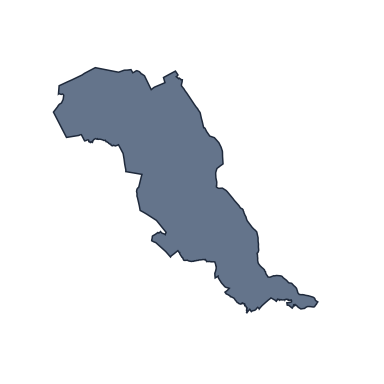 outline of Pischia, Timis, Romania, rotated 51°
{"feature_id": "2599482B13356223768188", "entity_name": "Pischia", "entity_type": "district", "adm_level": 2, "iso_a3": "ROU", "parent_name": "Romania", "parent_adm1": "Timis", "projection": "equal_earth", "projection_center": [21.424, 45.908], "detail": "fine", "context": "isolated", "style": "filled", "palette": "slate", "viewbox_px": 384, "rotation_deg": 51, "n_neighbors": 0, "source": "geoboundaries", "source_scale": "gbopen_adm2", "svg_char_len": 5992}
<svg xmlns="http://www.w3.org/2000/svg" viewBox="0 0 384 384"><g transform="rotate(51 192 192)"><path d="M309.7,224.8L310.0,224.2L309.8,223.7L310.2,223.4L309.9,222.9L310.0,222.5L310.4,222.3L310.8,222.4L311.7,222.1L311.8,222.0L311.8,221.6L312.0,221.5L312.3,221.9L313.2,221.9L313.3,222.1L313.3,222.4L313.6,222.6L314.6,222.0L315.3,222.1L315.6,222.3L316.0,222.3L316.7,222.2L316.6,222.6L317.6,223.0L317.8,223.6L318.3,223.7L318.2,223.9L318.4,224.2L318.9,224.2L319.2,224.4L319.7,224.7L319.8,225.3L320.4,225.3L319.8,223.0L319.5,220.9L322.3,221.2L322.3,220.2L322.5,219.4L323.0,218.6L323.4,217.6L323.5,216.8L323.4,215.9L323.1,214.8L323.0,213.5L325.0,213.2L325.2,213.3L324.7,211.3L324.6,210.0L324.4,209.4L324.1,203.0L324.1,202.1L324.0,200.8L324.1,198.3L324.0,197.3L328.7,195.4L329.2,195.5L330.0,195.2L329.6,194.6L329.7,194.2L329.2,193.4L329.1,192.9L329.8,192.4L330.0,192.6L330.5,192.0L331.0,192.0L330.8,191.6L330.9,191.3L331.6,191.1L332.0,190.2L332.4,190.1L333.3,189.0L334.0,187.8L334.1,187.7L334.4,187.8L334.2,187.3L334.2,187.2L334.8,186.2L334.9,185.9L336.1,185.0L336.6,185.4L336.9,185.2L336.5,184.8L337.5,184.5L337.5,184.2L337.9,183.8L337.9,183.5L338.4,182.8L339.4,183.2L340.0,183.8L340.0,184.0L339.2,186.0L337.8,188.0L339.8,189.2L340.1,189.0L340.4,188.6L341.0,188.1L345.3,187.2L345.1,186.4L344.3,184.7L344.9,184.2L344.8,183.9L343.8,183.7L344.4,183.1L344.3,182.7L345.6,182.6L345.7,182.2L348.4,182.0L351.4,181.0L352.9,178.4L353.3,177.9L353.3,176.4L353.4,175.4L353.8,174.2L355.2,172.5L357.7,170.1L358.2,169.2L358.2,168.9L357.6,166.7L357.5,165.9L357.3,165.8L356.6,163.4L354.2,164.2L353.2,164.1L352.3,163.7L351.5,163.6L349.9,164.1L345.8,166.9L343.8,168.7L342.5,169.6L341.2,170.8L340.5,171.8L339.1,173.1L336.9,173.2L335.7,172.6L332.6,171.4L330.4,171.5L328.9,171.8L325.8,172.0L325.3,172.3L323.8,173.7L323.2,174.0L320.1,174.1L316.0,175.1L314.5,175.1L313.8,175.3L312.5,176.3L310.1,178.8L309.0,180.8L308.5,181.2L307.3,185.0L306.6,185.8L305.6,186.5L304.7,186.2L302.7,186.1L301.3,185.7L300.1,185.0L299.0,185.2L298.1,184.7L297.8,184.7L296.1,184.9L294.7,185.2L292.2,185.5L289.4,185.4L288.0,184.9L287.6,184.6L286.4,184.0L284.8,182.6L283.1,181.5L282.1,180.7L280.8,180.2L280.5,179.8L280.6,179.3L280.4,178.6L279.5,177.1L278.5,176.3L276.5,175.0L274.3,173.1L271.8,171.6L269.2,169.5L263.8,166.8L261.5,166.9L259.6,167.3L257.2,167.5L249.1,167.2L247.7,166.8L245.2,165.7L243.3,165.4L240.6,164.6L239.9,164.2L238.6,163.9L238.0,163.5L236.9,163.5L234.8,164.4L232.2,164.1L225.1,164.4L222.7,164.3L213.7,164.4L212.1,164.6L208.2,165.9L207.8,166.4L206.3,168.5L205.8,169.1L204.6,169.6L203.6,169.9L203.4,169.8L202.5,168.8L202.4,168.9L201.9,168.3L199.9,166.5L196.0,164.5L192.7,162.1L191.7,161.2L189.4,157.8L189.5,153.7L189.7,150.2L183.9,146.1L180.4,143.4L179.4,142.7L175.5,141.2L170.6,140.1L163.9,140.4L159.7,143.0L154.2,142.6L150.7,141.8L149.7,142.0L149.4,142.5L143.5,139.6L140.7,138.4L135.8,135.9L135.1,135.7L132.2,135.5L130.7,135.2L128.7,135.3L125.6,135.1L111.7,133.8L108.7,133.7L107.0,133.4L102.9,133.4L102.5,133.1L101.7,132.4L100.2,130.4L98.8,129.0L98.7,128.9L97.8,129.9L97.5,129.7L95.4,130.3L95.6,131.0L92.5,131.7L92.5,130.0L92.4,129.6L92.1,129.2L87.6,128.8L86.2,136.1L85.1,142.1L90.0,144.2L89.4,146.5L87.0,154.8L86.8,156.0L86.8,159.3L71.8,155.8L69.0,156.6L68.1,157.1L67.3,157.0L66.2,157.1L65.4,157.2L64.8,157.5L63.0,158.5L62.6,159.7L62.5,161.3L62.1,163.0L58.5,162.4L56.6,165.5L54.7,168.0L52.7,173.7L34.5,188.9L32.1,200.9L31.9,203.8L29.2,215.1L28.0,219.5L25.8,228.4L31.8,234.1L31.8,233.8L32.2,233.3L33.9,232.2L34.3,231.0L35.1,230.7L36.1,230.8L39.0,233.9L40.7,237.5L40.4,239.3L40.4,240.2L40.7,241.7L41.1,242.6L42.7,249.4L70.6,255.2L76.4,245.1L76.8,244.4L77.1,243.0L77.8,241.9L84.7,243.3L84.8,243.2L85.3,242.0L85.7,240.5L86.3,239.8L86.8,239.7L87.9,240.5L88.4,240.1L89.5,239.9L89.3,239.1L89.4,238.6L89.9,238.5L90.4,238.6L90.8,238.3L90.4,237.4L89.7,236.8L89.7,236.2L89.5,235.4L89.6,235.0L89.5,234.8L89.9,233.2L90.8,232.9L91.2,232.4L91.2,232.2L91.4,232.3L92.1,231.7L92.3,231.1L93.6,229.8L95.4,228.5L96.2,228.3L97.0,227.4L97.2,226.8L98.8,227.1L99.1,226.6L99.4,226.5L99.9,226.5L100.9,226.0L101.8,226.1L102.1,226.0L103.2,225.6L103.7,225.1L104.7,225.4L105.8,225.0L106.1,224.6L106.1,224.1L106.3,223.6L106.6,223.6L107.1,223.0L107.9,222.7L108.0,222.2L108.5,221.3L109.0,219.4L118.7,221.3L123.7,224.1L127.9,226.7L133.3,229.6L134.3,230.4L134.5,230.6L146.8,219.8L148.3,221.9L154.4,229.9L154.7,230.3L154.8,231.6L155.1,232.8L155.5,233.4L156.6,234.7L158.6,235.7L160.6,237.4L162.0,237.9L169.5,241.6L173.7,243.9L176.8,242.6L180.5,241.2L190.5,237.9L191.7,237.5L207.0,237.5L208.2,239.6L207.9,239.6L206.8,240.1L205.2,241.2L202.9,241.4L203.1,242.0L203.0,243.6L202.0,244.0L201.9,246.0L201.7,248.3L201.4,249.5L201.4,250.6L202.8,252.0L204.1,253.7L204.5,254.0L206.8,253.0L208.5,252.0L221.7,249.9L229.0,249.6L228.6,248.5L228.7,244.9L228.7,239.9L230.9,240.1L231.1,240.0L231.3,239.7L231.5,239.8L231.9,240.2L232.3,240.4L236.5,240.9L237.0,240.6L239.5,241.3L240.1,241.2L240.8,240.4L242.2,238.4L243.1,238.2L244.3,237.3L245.7,236.1L246.2,235.1L246.6,234.7L247.0,234.1L246.9,233.9L247.0,233.3L247.4,233.0L248.0,232.1L247.9,231.9L248.1,231.4L248.7,230.7L249.0,230.4L249.0,229.9L249.3,229.5L249.4,229.0L250.0,228.2L250.3,228.0L250.4,227.6L250.9,227.0L251.1,226.4L252.1,225.1L252.5,224.9L252.4,224.8L252.8,224.1L254.9,224.3L255.4,224.4L255.7,223.7L256.6,222.8L257.1,222.1L257.1,221.9L258.1,221.3L258.6,220.5L258.8,220.5L259.7,219.2L260.7,218.3L263.1,219.2L264.5,220.0L265.0,219.9L265.3,220.1L265.4,220.4L266.2,220.9L266.9,221.6L268.5,223.7L268.7,224.0L269.5,225.4L271.4,226.8L273.4,228.1L273.8,224.7L274.6,225.3L275.6,225.6L278.3,226.0L279.1,226.0L280.0,226.2L282.1,226.3L282.9,226.2L286.3,226.1L287.5,225.6L288.7,224.7L290.3,223.6L290.7,226.6L290.6,229.4L291.2,229.5L291.7,229.3L292.1,229.5L292.4,229.6L293.4,229.2L294.7,228.5L295.5,228.3L295.9,228.1L297.2,227.8L297.4,228.0L297.7,227.8L297.9,227.8L298.1,227.5L300.6,226.3L301.6,226.2L303.4,226.4L304.4,226.3L306.3,226.4L307.2,225.9L308.2,225.8L309.7,224.8Z" fill="#64748b" stroke="#1e293b" stroke-width="1.5"/></g></svg>